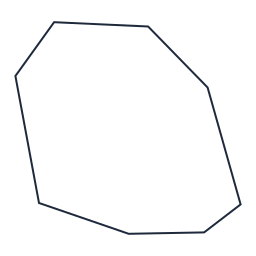 outline of Rose Island, United States of America
{"feature_id": "52423323B32289273643205", "entity_name": "Rose Island", "entity_type": "district", "adm_level": 2, "iso_a3": "USA", "parent_name": "United States of America", "parent_adm1": "", "projection": "orthographic", "projection_center": [-168.153, -14.542], "detail": "fine", "context": "isolated", "style": "outline", "palette": "slate", "viewbox_px": 256, "rotation_deg": 0, "n_neighbors": 0, "source": "geoboundaries", "source_scale": "gbopen_adm2", "svg_char_len": 226}
<svg xmlns="http://www.w3.org/2000/svg" viewBox="0 0 256 256"><path d="M15.4,76.0L39.0,203.0L128.7,233.8L204.1,232.4L240.6,204.4L207.6,87.5L148.1,26.5L54.1,22.2L15.4,76.0Z" fill="none" stroke="#1e293b" stroke-width="2"/></svg>